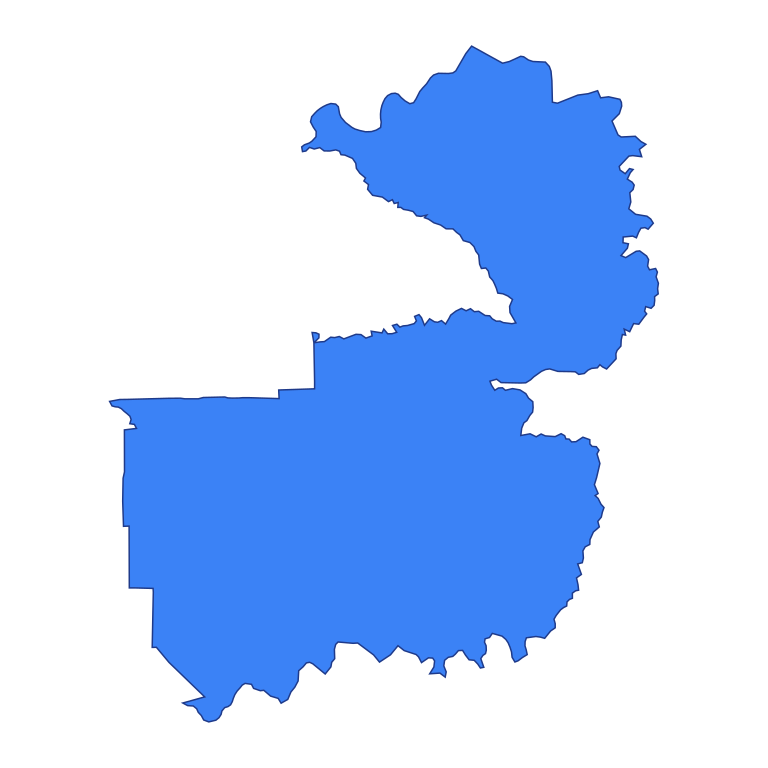 Caxias do Sul, Rio Grande do Sul, Brazil
{"feature_id": "56859067B1705009335858", "entity_name": "Caxias do Sul", "entity_type": "district", "adm_level": 2, "iso_a3": "BRA", "parent_name": "Brazil", "parent_adm1": "Rio Grande do Sul", "projection": "orthographic", "projection_center": [-50.991, -29.075], "detail": "fine", "context": "isolated", "style": "filled", "palette": "blue", "viewbox_px": 768, "rotation_deg": 0, "n_neighbors": 0, "source": "geoboundaries", "source_scale": "gbopen_adm2", "svg_char_len": 6099}
<svg xmlns="http://www.w3.org/2000/svg" viewBox="0 0 768 768"><path d="M301.7,146.9L302.5,151.6L305.9,151.0L309.5,147.4L314.2,149.0L319.8,147.6L324.1,150.9L329.8,151.0L335.8,149.9L339.5,151.2L341.0,154.7L344.9,155.1L352.5,158.4L355.8,163.3L356.4,168.4L359.9,173.3L365.5,178.0L363.9,181.0L368.5,184.6L367.6,189.3L372.6,195.3L382.4,197.1L388.5,201.6L392.4,199.7L394.2,203.5L398.2,202.5L397.8,207.4L400.9,207.4L403.5,209.4L408.2,210.2L413.1,211.5L416.6,215.8L420.9,216.4L426.7,215.1L424.5,217.7L428.4,219.1L433.9,222.8L440.6,225.0L446.1,228.8L453.0,228.9L456.6,232.4L460.0,234.9L463.3,240.6L469.9,242.5L474.0,246.6L475.9,251.3L478.7,255.0L479.6,264.2L481.4,268.5L485.8,268.0L488.3,271.0L489.7,277.0L492.9,280.6L494.5,283.9L496.4,288.4L497.8,293.1L503.0,293.8L507.9,296.0L512.5,299.5L509.6,306.4L510.0,312.6L515.9,322.9L511.9,323.7L503.2,322.6L500.0,321.1L496.3,321.2L492.2,318.8L489.7,315.8L485.1,315.5L478.7,311.3L474.3,311.7L470.5,308.7L466.1,310.8L461.5,308.4L455.9,311.1L450.7,315.1L449.0,318.4L445.6,324.1L441.5,320.6L437.7,322.3L434.4,321.8L429.6,318.8L424.5,325.3L421.5,317.7L419.0,314.6L414.6,316.4L416.4,320.9L414.2,323.6L407.5,325.5L403.1,325.9L399.9,327.1L396.9,324.2L392.5,325.5L396.7,332.3L392.1,333.7L387.7,333.8L383.8,329.1L382.0,332.9L371.2,331.2L372.1,335.9L365.9,338.1L361.0,334.6L356.0,334.3L343.8,338.9L339.3,336.5L334.7,337.6L330.7,337.2L324.4,341.6L320.0,341.9L313.9,342.8L314.6,381.7L314.6,388.8L278.7,390.0L279.1,398.6L249.4,397.7L242.5,397.7L239.1,398.0L232.4,398.1L227.8,397.9L224.8,397.0L220.0,397.1L203.3,397.5L198.3,398.8L184.8,398.8L180.4,398.2L168.6,398.3L127.3,399.4L119.7,399.5L109.6,401.4L112.0,405.9L115.2,406.8L118.3,407.1L121.4,408.7L124.1,411.3L127.0,413.6L129.9,416.2L131.1,419.5L129.8,423.7L134.4,424.4L136.5,428.4L124.4,429.9L124.5,471.9L123.1,478.2L122.7,501.3L123.5,526.3L129.1,526.1L129.3,587.9L134.6,587.9L153.1,588.4L153.3,592.2L152.2,647.4L156.4,647.3L169.0,662.4L204.7,696.9L182.8,703.0L187.6,705.6L193.3,706.0L196.7,708.8L198.3,712.4L201.3,715.5L203.7,720.0L208.8,721.9L215.9,720.2L219.0,717.7L221.1,714.4L221.9,711.0L224.7,707.6L228.0,706.6L230.6,704.8L232.3,701.6L233.3,698.4L234.8,694.7L237.1,691.1L240.0,687.9L242.2,685.1L245.1,683.4L251.5,684.3L253.6,688.4L260.3,690.7L263.8,690.3L270.6,696.1L278.2,698.4L281.1,703.2L287.8,699.4L290.9,692.0L294.8,687.2L298.1,681.0L298.7,670.7L303.1,666.8L306.4,662.9L309.7,662.3L312.8,663.8L325.2,674.0L330.9,666.9L331.7,662.3L334.7,658.7L334.4,649.3L335.7,644.4L338.1,642.0L353.1,643.3L357.7,643.0L373.6,654.9L379.5,662.1L390.5,654.8L398.0,645.7L404.2,650.6L416.1,654.5L418.5,656.8L421.5,662.6L428.5,657.8L432.7,658.1L434.6,660.9L433.9,667.0L429.7,673.8L439.9,673.1L445.2,677.1L446.2,671.9L443.8,665.9L444.6,660.3L448.3,657.3L452.8,656.4L455.4,654.1L458.4,650.6L462.6,650.4L465.5,655.1L469.1,659.8L474.2,660.3L477.8,664.1L480.4,668.0L483.8,667.3L480.8,658.6L482.9,655.4L485.5,653.6L486.3,650.2L486.1,645.7L484.5,642.2L485.1,638.8L489.5,637.5L492.3,633.4L502.0,636.1L505.8,639.4L508.1,642.7L510.0,647.2L511.5,651.9L512.1,657.3L514.9,662.0L518.1,660.8L522.3,657.6L527.2,654.6L526.2,649.8L525.0,645.9L525.1,641.6L526.4,637.8L535.9,636.5L540.3,637.1L544.7,638.3L550.6,631.0L555.2,627.8L555.2,623.6L554.0,619.2L556.2,615.4L560.6,609.8L563.7,607.5L566.7,606.0L567.0,601.9L569.5,599.4L572.4,598.3L572.4,593.1L575.6,590.8L578.6,590.2L578.0,584.7L576.5,577.9L581.4,574.4L577.7,563.9L582.3,562.7L583.4,558.0L582.9,550.9L585.2,546.8L589.8,544.4L590.0,539.6L593.4,532.0L599.3,526.9L597.8,521.4L601.3,517.1L602.4,512.1L604.0,507.6L601.0,504.2L598.1,498.4L595.1,495.6L598.1,493.5L594.4,484.7L596.6,477.6L599.9,463.5L597.0,453.9L599.0,450.2L596.3,446.7L592.1,446.4L589.9,444.0L589.8,439.7L582.9,437.2L576.0,441.7L571.6,441.9L569.1,439.1L565.9,438.9L564.7,435.7L561.1,433.7L555.2,436.6L545.3,435.9L541.1,434.0L536.2,436.8L530.1,433.8L520.8,435.5L521.7,428.2L523.9,422.8L526.9,420.6L529.8,415.5L532.6,412.1L533.1,407.6L532.8,401.7L528.5,398.1L525.9,393.7L520.0,389.9L512.5,388.6L505.4,390.3L502.5,387.8L498.4,388.0L494.8,390.3L491.5,385.2L489.9,381.2L496.6,379.2L501.1,382.6L520.5,383.0L525.8,382.8L530.6,379.8L533.8,376.8L541.5,371.3L545.6,369.5L549.7,368.9L557.9,371.4L570.7,371.6L575.3,371.8L578.7,374.4L584.3,373.5L588.1,370.1L591.6,368.4L597.4,367.8L599.9,364.7L602.5,366.9L606.6,369.0L616.1,358.8L615.9,353.7L617.1,350.4L620.9,346.1L621.2,339.9L622.4,334.5L625.6,335.1L624.2,329.1L629.7,331.7L633.6,323.6L638.8,324.2L643.9,317.3L646.7,313.9L644.6,311.2L645.7,306.6L651.1,308.3L654.1,305.3L654.7,300.6L654.6,296.6L658.2,293.9L657.6,288.7L658.4,283.3L656.1,276.8L657.4,272.1L655.6,268.5L649.5,269.8L647.6,266.1L648.6,259.6L646.6,256.0L639.7,250.9L636.1,251.3L625.7,257.6L621.0,255.6L627.4,248.2L628.4,243.8L623.0,242.7L623.2,237.0L632.7,236.1L636.4,237.8L638.6,232.3L640.9,228.2L645.0,227.6L648.1,229.2L653.3,223.2L650.7,219.0L647.0,216.2L635.6,214.3L628.8,208.8L630.8,202.0L629.8,192.7L633.1,189.5L634.2,185.1L632.2,182.2L627.3,179.1L630.3,172.7L633.1,169.5L629.5,168.6L625.2,173.7L620.0,170.0L619.2,166.4L628.9,156.1L632.7,155.6L641.7,156.7L639.4,149.4L645.9,144.3L640.9,141.5L635.3,136.3L621.2,137.0L618.0,134.9L612.0,121.0L619.3,113.7L621.7,106.1L621.4,102.3L619.9,99.3L608.6,96.8L600.6,97.8L597.6,90.7L588.2,93.7L577.8,95.1L557.5,103.2L552.4,102.2L551.9,80.8L551.0,71.1L549.3,66.4L545.4,62.1L532.9,61.5L528.4,60.0L523.7,56.8L520.7,56.3L509.4,61.5L502.6,63.2L471.6,46.1L465.8,53.6L455.8,70.9L452.9,72.9L448.6,73.5L438.4,73.3L433.6,75.0L430.5,77.9L426.6,83.8L422.6,88.1L419.8,91.5L416.1,98.8L413.6,102.7L409.8,103.7L405.2,101.0L401.1,97.5L398.3,94.3L395.2,93.2L391.4,93.6L387.6,95.6L385.0,98.6L383.2,102.2L381.9,105.6L380.9,109.9L380.5,114.1L380.6,118.4L381.2,122.2L380.6,127.5L376.3,130.1L371.4,131.6L365.6,131.8L359.7,130.5L354.9,129.0L351.8,127.3L345.5,122.5L341.1,117.4L339.6,113.9L338.3,106.7L335.7,104.1L330.9,103.5L326.9,104.8L323.2,106.6L320.3,108.4L317.3,110.7L314.7,113.3L311.7,116.7L310.5,121.8L313.2,127.0L316.2,131.5L316.0,136.8L311.9,141.2L309.3,143.0L304.4,144.8L301.7,146.9ZM313.9,342.8L318.9,337.9L319.0,334.2L315.9,332.8L312.1,332.5L313.9,342.8Z" fill="#3b82f6" stroke="#1e3a8a" stroke-width="1.5"/></svg>